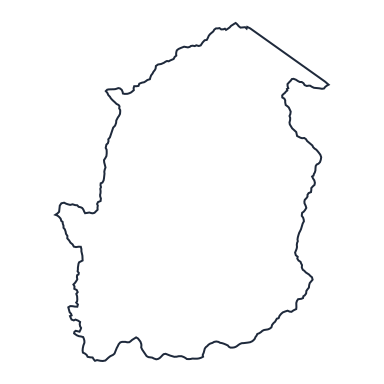 outline of Conceição do Tocantins, Tocantins, Brazil
{"feature_id": "56859067B12744397035751", "entity_name": "Conceição do Tocantins", "entity_type": "district", "adm_level": 2, "iso_a3": "BRA", "parent_name": "Brazil", "parent_adm1": "Tocantins", "projection": "orthographic", "projection_center": [-47.324, -12.148], "detail": "fine", "context": "isolated", "style": "outline", "palette": "slate", "viewbox_px": 384, "rotation_deg": 0, "n_neighbors": 0, "source": "geoboundaries", "source_scale": "gbopen_adm2", "svg_char_len": 5886}
<svg xmlns="http://www.w3.org/2000/svg" viewBox="0 0 384 384"><path d="M105.8,91.1L107.3,92.8L108.4,95.2L109.9,96.7L110.7,98.1L111.7,99.3L113.0,100.6L114.7,102.1L116.5,103.9L118.6,105.0L119.5,106.3L119.2,108.4L120.2,110.1L120.2,111.8L120.0,113.9L119.0,115.9L117.9,117.4L116.3,120.5L116.1,122.9L115.1,125.6L113.2,127.6L109.9,137.4L108.3,139.3L108.5,141.1L107.9,143.2L106.4,144.6L105.7,147.9L106.6,149.7L106.7,151.5L106.7,153.4L106.4,156.1L105.3,158.1L104.0,160.1L104.2,162.4L104.9,165.0L105.5,167.5L104.7,169.7L104.3,171.8L104.5,173.6L104.0,178.2L103.6,180.4L102.4,182.6L100.7,183.3L100.5,185.3L101.0,187.1L100.3,188.8L100.6,191.1L100.5,193.2L100.1,194.8L100.2,196.5L100.9,198.5L100.6,201.0L98.0,202.1L97.1,204.0L97.8,205.6L97.5,207.6L97.6,209.7L94.5,212.8L92.8,213.3L91.3,213.1L89.3,212.5L87.2,212.9L85.1,213.2L84.2,211.6L83.3,209.5L82.2,208.0L80.8,207.3L78.6,206.8L77.3,205.3L75.1,205.1L72.6,204.3L70.2,204.9L67.9,204.3L66.1,203.7L64.1,202.7L61.4,203.3L59.8,205.6L59.1,211.8L57.5,213.4L55.4,214.8L57.3,215.5L59.0,216.8L60.6,218.6L61.3,220.9L62.6,221.9L62.8,223.8L63.5,225.7L63.5,227.8L64.8,229.3L65.6,231.6L66.0,233.8L67.4,235.9L67.3,238.4L69.1,240.4L70.5,242.7L72.6,244.4L73.8,246.6L76.0,247.1L78.7,246.7L80.8,246.8L81.4,249.1L81.4,251.3L82.4,255.7L82.6,260.5L79.1,262.3L78.5,263.8L77.9,267.7L77.9,269.6L77.6,271.3L78.8,272.9L78.5,274.5L77.1,275.2L76.9,277.1L77.3,279.3L76.0,281.5L74.9,283.0L73.4,284.5L74.5,286.4L74.3,288.8L76.7,290.0L77.7,292.1L76.3,293.9L77.1,296.2L77.3,299.4L77.1,301.3L76.2,302.6L77.9,304.5L77.3,306.7L74.9,306.6L72.6,306.2L70.3,306.1L68.3,307.3L69.6,312.1L71.1,313.9L71.6,315.4L70.0,316.1L70.7,317.8L71.6,319.6L73.8,320.4L75.5,319.6L78.0,320.6L80.1,322.0L79.7,324.1L80.1,326.3L81.1,328.0L80.5,329.7L79.5,331.7L75.7,330.8L74.4,331.9L74.1,333.4L75.5,334.4L77.0,335.4L79.0,336.2L81.1,336.5L83.2,337.1L84.0,339.2L84.4,340.9L84.4,342.8L83.4,345.4L82.8,348.2L82.6,350.5L82.9,352.6L85.0,353.6L86.7,355.0L87.6,356.8L90.0,357.3L92.6,357.5L93.9,359.6L95.0,360.8L97.0,360.1L100.4,360.8L102.8,361.0L105.4,360.5L108.4,357.7L110.3,356.2L113.0,354.9L114.5,353.6L116.8,347.9L117.7,346.3L118.7,344.2L120.3,342.4L122.0,341.9L123.6,341.9L125.5,341.9L127.3,342.3L129.3,342.2L130.8,341.1L132.0,340.0L136.1,337.4L138.0,338.5L140.4,341.6L141.3,344.1L141.4,345.8L141.2,347.4L142.2,349.6L146.6,356.1L148.4,357.1L152.2,357.6L153.9,358.5L156.2,359.3L157.9,359.0L159.6,358.1L161.3,356.5L162.4,355.3L163.6,354.2L165.6,353.8L170.2,355.6L174.3,356.8L176.6,356.7L178.8,356.2L181.5,356.2L183.7,357.0L185.5,358.0L186.8,359.0L188.6,359.1L190.6,359.0L192.2,358.6L197.0,358.7L199.0,358.4L201.2,357.7L203.1,356.7L202.7,355.0L203.7,352.7L204.8,348.6L205.8,347.2L207.3,346.0L208.5,344.7L210.2,343.6L212.4,342.9L214.1,341.9L216.3,341.5L218.5,341.9L220.1,342.8L221.9,343.1L223.8,343.7L226.0,344.6L227.9,345.5L228.8,346.7L230.4,347.6L232.4,347.6L234.1,347.4L235.6,346.9L237.1,346.0L238.6,344.8L240.2,343.8L241.8,343.2L243.7,343.1L247.8,342.6L250.2,342.2L252.3,341.2L253.5,340.2L254.7,338.9L255.5,337.0L256.6,335.6L257.3,334.0L259.3,333.2L261.1,332.0L262.4,330.8L264.1,330.0L267.9,329.4L269.6,328.7L271.4,327.4L272.1,324.9L273.6,323.0L275.1,321.7L276.8,318.7L278.6,318.2L279.6,315.7L281.2,313.8L282.8,312.4L285.1,311.5L287.6,310.7L289.6,311.6L291.5,311.8L293.0,310.7L294.4,309.9L296.2,309.1L296.4,307.4L296.3,303.0L296.9,301.0L298.1,299.2L301.3,298.8L303.0,298.1L303.4,296.2L304.7,295.4L306.1,293.5L306.4,290.9L307.6,289.2L308.9,287.6L309.2,285.0L309.8,283.0L312.6,279.7L312.0,277.3L310.3,275.9L309.0,274.5L305.9,272.5L304.2,270.7L302.8,269.8L301.8,267.5L302.0,265.1L301.1,263.4L300.5,261.8L298.5,260.5L297.3,258.6L297.7,256.8L295.8,255.2L295.1,252.6L296.6,248.9L297.0,247.0L296.8,244.8L297.1,242.9L297.8,241.2L297.5,239.5L297.8,237.5L298.4,235.3L299.2,232.8L300.0,231.3L301.0,229.2L302.7,223.5L303.9,221.3L303.7,219.6L303.1,217.6L301.8,215.9L301.9,214.3L302.2,212.7L303.6,211.8L305.0,210.1L306.3,207.9L305.6,205.6L304.5,203.3L304.4,201.5L304.8,199.8L306.4,198.2L307.5,196.6L307.5,194.8L308.6,193.1L311.0,192.1L311.3,190.0L311.3,188.1L312.9,186.3L314.5,184.9L314.9,182.8L314.3,180.4L313.1,178.6L312.1,176.5L313.5,175.6L313.9,174.0L314.8,172.5L315.4,170.5L315.5,168.2L315.7,166.1L316.7,164.5L318.5,163.7L320.0,162.1L320.8,159.7L321.2,157.2L320.3,154.7L318.9,152.8L317.7,151.3L316.3,149.7L314.6,148.6L313.1,147.1L312.4,145.5L307.1,141.0L306.0,139.2L304.3,138.0L302.1,138.2L300.4,137.7L297.1,136.0L296.2,132.0L292.2,128.4L289.8,124.4L289.5,122.4L290.1,120.1L290.2,117.9L289.5,116.0L290.3,114.2L290.7,111.6L288.8,107.5L287.5,106.3L285.7,105.0L285.2,102.3L285.2,100.3L284.3,98.6L282.3,97.5L282.2,95.4L283.5,94.0L284.8,93.0L286.0,91.5L287.3,90.5L286.9,89.0L288.3,88.2L287.6,86.3L287.5,84.1L289.2,82.2L290.8,80.6L291.8,79.1L293.5,78.8L295.9,79.7L298.0,81.1L299.8,82.0L301.7,82.0L303.5,83.2L304.6,85.1L306.8,86.0L308.4,85.7L310.1,85.7L311.9,86.8L314.0,87.8L319.3,88.3L322.0,88.8L324.0,88.5L325.3,86.8L327.1,85.5L328.6,84.7L325.0,81.6L250.2,28.4L247.2,26.9L246.6,28.6L245.1,27.2L240.5,27.6L238.6,26.1L237.3,24.4L235.6,23.0L234.1,23.9L232.6,24.9L231.1,25.8L229.7,27.4L227.6,28.9L226.0,29.9L224.9,28.7L223.3,29.3L221.2,29.4L219.5,28.1L217.9,28.4L216.0,28.4L214.3,29.6L213.3,31.4L210.1,34.1L208.8,35.7L207.9,37.8L206.8,39.9L204.6,40.3L202.6,42.5L200.7,45.4L198.8,46.0L196.3,45.3L194.8,46.1L192.7,45.7L190.9,46.0L189.7,46.9L187.9,47.4L184.1,46.7L180.7,48.0L178.5,49.0L176.8,50.4L176.3,52.2L176.1,54.0L176.3,55.6L174.7,56.9L173.6,59.0L170.3,60.4L168.7,61.3L167.0,61.0L165.5,61.7L163.9,62.8L161.1,64.0L158.0,64.5L155.9,66.0L155.6,68.6L154.8,70.1L153.5,71.7L152.5,73.6L151.1,75.4L150.3,77.6L149.9,79.2L147.4,80.0L145.8,81.2L144.2,82.2L141.8,82.7L139.3,83.7L138.5,85.9L136.7,86.2L134.2,86.2L133.6,88.1L133.8,90.2L131.1,92.4L129.4,93.2L127.5,93.8L124.6,93.9L122.9,93.5L122.6,91.8L121.7,89.8L119.9,88.4L118.3,88.1L116.4,88.8L114.9,89.2L108.7,89.4L107.2,89.7L105.8,91.1Z" fill="none" stroke="#1e293b" stroke-width="2"/></svg>